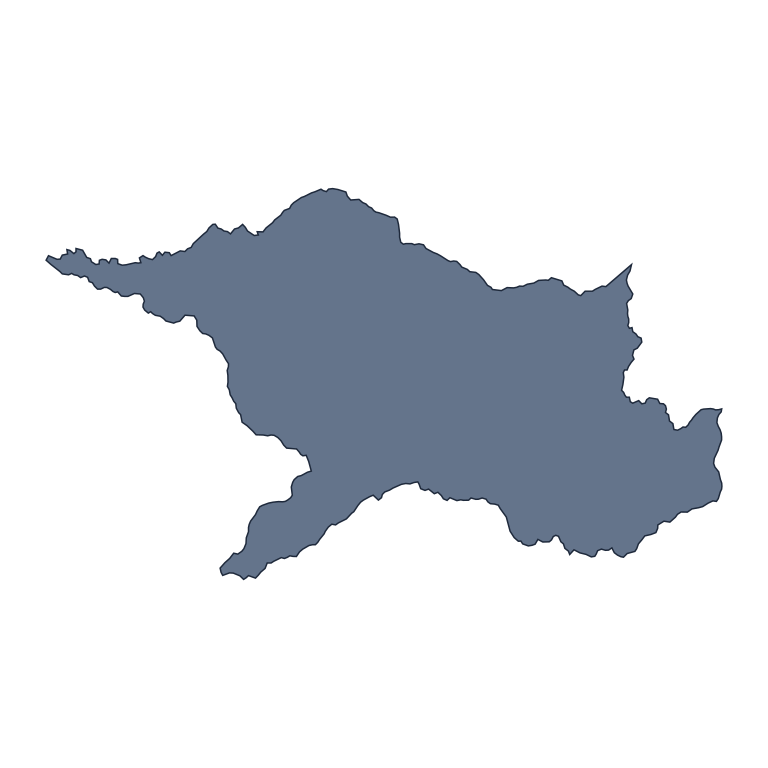 Cristalândia, Tocantins, Brazil (Natural Earth projection)
{"feature_id": "56859067B40620192903678", "entity_name": "Cristalândia", "entity_type": "district", "adm_level": 2, "iso_a3": "BRA", "parent_name": "Brazil", "parent_adm1": "Tocantins", "projection": "natural_earth1", "projection_center": [-49.344, -10.64], "detail": "fine", "context": "isolated", "style": "filled", "palette": "slate", "viewbox_px": 768, "rotation_deg": 0, "n_neighbors": 0, "source": "geoboundaries", "source_scale": "gbopen_adm2", "svg_char_len": 6100}
<svg xmlns="http://www.w3.org/2000/svg" viewBox="0 0 768 768"><path d="M631.5,264.6L605.9,286.6L602.0,286.1L595.2,289.4L592.4,291.2L585.1,291.2L580.8,295.6L578.3,294.9L574.3,291.2L570.4,289.1L567.9,287.2L563.7,285.1L561.9,280.9L551.4,277.7L548.3,280.3L545.8,280.0L538.6,280.4L533.8,283.1L527.3,284.2L523.1,286.3L519.5,286.1L516.7,287.3L513.6,287.9L507.1,287.6L501.4,290.6L492.4,289.5L491.0,287.3L487.5,285.4L483.5,279.7L478.8,274.5L475.8,272.4L469.8,271.7L467.3,269.4L461.8,267.1L460.0,264.6L456.7,261.4L453.7,261.0L450.5,261.6L448.0,260.6L440.7,255.9L437.1,253.9L433.4,252.5L426.0,248.5L423.5,244.8L419.0,243.8L414.3,244.7L411.8,243.6L405.8,243.6L403.4,244.2L400.8,242.3L399.6,237.2L399.6,233.2L398.5,224.4L397.2,219.0L394.6,217.1L390.5,217.2L386.0,215.2L378.8,212.7L375.9,212.1L373.8,210.7L371.6,208.0L368.6,206.7L366.0,204.0L362.7,202.6L359.0,199.4L350.7,200.0L347.3,196.1L345.9,192.0L337.9,189.5L332.6,188.6L328.6,189.1L326.4,191.6L323.1,190.6L321.0,189.2L314.9,191.8L311.5,192.9L304.3,196.5L301.4,197.5L293.7,202.7L291.3,205.1L289.6,208.4L284.3,210.4L282.6,212.4L280.8,215.2L274.7,219.9L272.6,222.7L266.1,227.9L263.0,231.9L257.2,231.7L258.3,235.0L254.2,235.5L247.5,231.0L245.3,227.3L242.6,224.4L238.5,227.9L234.5,229.0L230.5,233.9L227.5,231.6L224.0,231.0L221.2,229.0L217.9,228.1L215.3,224.2L212.8,224.4L209.0,227.9L206.8,231.5L203.6,234.1L193.3,243.6L191.2,247.4L187.6,248.8L184.9,251.5L180.2,250.9L171.1,255.6L169.3,252.7L164.9,252.2L162.4,255.3L159.2,251.9L157.0,253.1L155.6,256.6L152.5,259.6L148.7,258.7L145.4,257.2L143.0,255.6L139.4,257.9L140.9,262.7L138.3,263.1L135.3,262.7L126.1,264.8L122.2,265.2L117.8,263.6L117.6,259.4L115.3,258.5L111.3,258.5L109.0,263.1L105.9,259.9L102.1,259.3L99.4,260.3L99.1,264.0L95.8,264.5L91.5,261.8L90.4,258.7L86.7,257.4L82.6,250.2L76.0,248.5L76.0,251.8L73.9,253.6L69.9,250.4L66.9,249.6L67.6,254.0L62.3,255.1L60.2,259.1L57.0,259.3L48.5,255.7L46.1,260.2L51.1,264.6L59.9,271.5L62.3,273.9L68.6,274.8L71.7,273.4L74.0,274.8L77.7,275.5L80.6,277.6L84.5,276.0L87.6,277.3L89.2,281.6L92.4,282.7L94.5,286.1L97.5,289.1L100.7,289.1L104.3,287.4L107.0,287.5L110.5,289.4L113.0,291.5L115.2,292.5L117.7,291.9L121.3,296.0L124.7,296.4L127.9,296.4L134.4,293.5L140.3,294.0L143.3,297.7L144.4,301.2L143.2,304.1L143.0,307.1L144.7,310.1L148.3,313.1L150.7,311.7L152.5,313.5L155.3,315.3L160.2,316.2L163.6,318.6L165.9,321.0L173.7,323.1L176.3,322.0L179.8,321.2L185.0,315.2L194.1,315.9L196.8,320.2L197.0,326.4L199.9,330.8L202.7,333.5L205.7,333.9L208.9,335.3L212.4,337.9L215.4,347.0L217.1,349.3L220.0,351.0L222.7,353.9L226.0,359.9L228.5,363.7L228.4,366.8L227.2,370.5L227.9,375.4L228.0,382.2L227.4,386.4L229.3,389.8L230.2,394.8L232.1,397.8L233.7,401.2L235.8,403.7L236.3,408.2L238.7,412.7L240.6,414.6L242.1,422.2L247.1,425.7L252.9,431.2L256.1,434.8L263.2,435.0L267.7,435.8L271.0,435.0L274.1,435.3L277.8,437.5L280.9,440.6L283.7,445.1L286.6,448.1L296.6,449.0L299.1,451.9L300.7,454.3L302.9,455.8L306.2,455.3L308.7,461.5L311.3,471.1L307.5,472.2L301.2,475.6L297.7,476.5L294.2,479.6L292.7,482.3L291.3,487.0L292.3,495.2L290.7,497.7L287.7,500.0L285.3,501.4L282.6,501.8L278.5,501.6L273.0,502.2L268.6,503.1L262.3,505.4L259.7,506.8L257.2,510.9L255.5,514.6L250.6,521.1L249.2,524.4L248.5,527.5L248.5,531.7L246.3,537.8L246.0,543.6L243.9,548.7L241.8,551.3L237.8,554.1L233.7,553.2L229.7,558.4L224.9,562.7L220.1,568.1L221.1,572.4L222.7,575.4L229.5,572.9L233.3,573.1L239.9,575.8L243.6,579.4L246.1,577.8L248.5,575.6L255.5,578.1L258.2,575.3L260.8,572.1L265.1,568.4L267.2,563.0L271.1,563.0L273.7,561.3L281.3,557.6L284.4,558.5L287.4,557.3L289.8,555.8L293.0,556.4L296.4,556.5L299.5,551.9L302.8,549.1L309.0,545.5L312.6,544.7L315.4,544.7L317.7,542.4L319.7,539.3L324.1,533.9L325.3,531.3L328.3,527.1L331.8,524.2L335.6,524.9L338.4,522.9L346.4,518.9L351.7,513.2L353.8,511.7L357.9,505.5L360.6,502.2L363.4,500.1L369.8,496.6L373.2,495.2L378.4,500.1L381.5,497.7L382.3,494.5L384.7,492.0L389.6,490.1L393.1,488.0L401.5,484.3L405.7,483.5L410.0,483.9L414.0,482.5L417.8,481.9L419.1,484.2L420.7,488.7L425.0,490.4L428.6,489.1L434.3,493.7L437.9,492.3L441.4,495.6L443.4,498.8L447.1,500.4L449.9,497.7L456.9,500.6L460.7,499.8L463.4,500.3L468.6,500.2L471.0,498.0L475.8,499.3L478.5,499.2L482.1,498.0L486.1,499.2L487.9,501.9L490.4,503.7L494.7,504.1L498.3,505.2L500.2,508.6L506.3,517.0L510.1,531.2L514.2,537.6L518.3,541.2L520.9,541.1L522.7,543.9L528.3,545.9L532.0,545.3L535.1,544.2L537.9,539.4L542.8,542.0L549.3,541.8L551.5,539.9L553.3,536.5L555.8,535.3L558.5,536.3L560.9,541.8L563.4,543.8L564.9,548.4L568.4,551.1L569.7,554.5L574.0,549.8L580.0,552.9L586.1,554.4L591.3,556.9L594.8,556.3L596.3,553.9L597.6,550.7L601.4,549.1L605.4,550.3L608.6,550.1L611.9,547.9L614.3,552.7L617.5,555.1L620.8,556.7L623.5,557.2L627.2,553.5L634.9,551.4L636.7,548.7L638.4,543.9L641.7,540.0L644.8,535.9L650.9,534.5L655.9,532.6L657.7,528.3L657.8,525.0L663.9,521.2L669.9,522.1L675.4,517.2L677.5,514.3L681.1,512.0L687.4,512.1L692.0,508.9L698.7,507.7L702.7,506.6L708.2,503.1L712.9,500.9L716.4,501.4L718.3,498.6L720.3,491.9L721.6,489.2L721.9,486.3L721.7,483.1L720.4,479.5L718.7,471.9L714.9,467.1L713.6,463.4L714.3,458.3L718.1,450.2L719.1,446.8L721.6,440.0L721.6,436.8L721.2,433.2L720.1,429.8L718.3,426.4L716.9,422.6L717.4,417.9L718.9,414.5L721.2,411.9L721.7,408.9L718.7,409.7L715.6,409.9L713.3,409.0L710.6,408.6L703.6,409.1L701.1,409.7L695.9,414.4L693.0,417.8L691.5,420.1L689.6,422.2L688.1,425.0L685.7,427.3L683.0,427.0L680.8,428.6L677.6,430.2L673.9,429.5L672.9,423.6L669.5,421.0L668.5,414.8L665.5,412.5L666.4,409.1L665.5,405.7L663.5,403.8L659.8,403.5L657.6,399.2L649.3,397.8L646.7,399.7L645.2,403.1L641.8,403.8L638.7,400.6L632.7,403.2L630.3,401.7L629.3,397.2L626.4,397.2L624.8,395.1L623.7,392.5L621.6,390.3L622.9,384.5L623.9,377.2L623.3,372.6L624.5,370.0L627.1,370.0L628.5,366.5L631.2,362.4L634.0,359.1L632.5,355.4L633.9,349.9L637.3,348.2L641.8,342.1L641.1,338.1L637.8,336.7L636.0,334.0L632.8,331.7L632.0,327.6L629.4,328.3L627.8,325.5L628.7,322.7L628.7,319.0L627.8,316.3L627.5,313.5L627.8,310.0L626.6,303.4L628.4,300.6L631.2,298.6L632.8,294.0L628.1,286.1L627.1,283.4L626.4,280.0L627.6,275.1L630.0,271.0L631.5,264.6Z" fill="#64748b" stroke="#1e293b" stroke-width="1.5"/></svg>